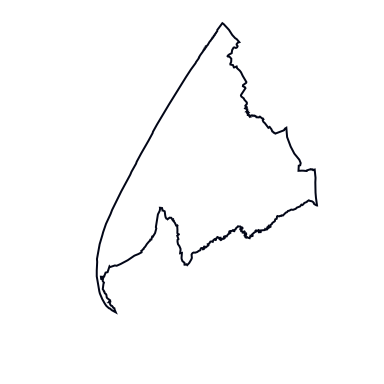 Pak Phanang, Nakhon Si Thammarat, Thailand (Robinson projection), rotated 225°
{"feature_id": "78962969B48668485292625", "entity_name": "Pak Phanang", "entity_type": "district", "adm_level": 2, "iso_a3": "THA", "parent_name": "Thailand", "parent_adm1": "Nakhon Si Thammarat", "projection": "robinson", "projection_center": [100.145, 8.346], "detail": "fine", "context": "isolated", "style": "outline", "palette": "ink", "viewbox_px": 384, "rotation_deg": 225, "n_neighbors": 0, "source": "geoboundaries", "source_scale": "gbopen_adm2", "svg_char_len": 6083}
<svg xmlns="http://www.w3.org/2000/svg" viewBox="0 0 384 384"><g transform="rotate(225 192 192)"><path d="M135.6,289.3L138.9,290.7L146.8,291.5L154.4,293.9L163.6,298.1L170.7,304.1L171.0,302.8L170.6,302.6L170.9,301.4L170.6,300.8L170.8,300.2L174.4,292.2L175.6,292.2L175.9,291.8L176.7,291.7L177.5,291.9L178.1,291.6L180.1,292.5L183.1,292.9L183.4,291.4L189.1,292.2L191.0,292.1L192.5,292.6L193.0,293.2L192.9,293.9L193.9,294.1L194.6,293.6L197.3,293.3L197.5,293.0L197.4,292.1L199.2,290.5L199.7,290.8L199.9,290.5L201.0,290.5L201.1,290.2L201.7,290.0L202.2,290.0L202.7,289.3L202.7,288.9L203.4,288.9L204.2,288.1L204.3,287.0L204.0,286.7L204.4,286.5L204.4,286.1L205.2,286.2L205.9,286.8L207.0,285.9L207.7,286.6L207.9,287.6L208.6,286.8L209.1,286.9L209.4,288.3L210.4,287.5L210.4,288.1L211.3,289.5L213.6,288.7L213.7,289.4L212.9,289.9L212.9,290.4L213.6,290.8L214.2,290.2L215.3,290.7L215.5,293.1L216.6,294.1L220.3,294.3L221.6,294.8L224.6,294.4L225.6,294.8L226.0,295.5L227.6,303.2L228.4,303.5L230.8,302.8L231.5,303.7L230.9,307.5L231.3,308.2L238.3,310.0L242.0,311.3L244.1,311.6L247.6,311.4L249.2,312.3L250.1,310.1L250.5,309.7L252.7,310.7L255.0,309.3L255.6,309.8L256.3,311.7L258.4,314.0L260.5,314.2L261.6,313.9L262.3,313.2L262.9,313.2L263.1,313.8L262.9,315.7L262.1,318.2L264.0,320.8L264.7,323.5L264.3,324.2L262.8,324.9L262.4,326.2L262.9,327.4L264.6,327.7L265.0,328.2L265.2,330.0L264.5,331.4L268.4,331.7L270.4,331.3L274.6,331.5L280.5,332.8L288.4,333.1L289.9,332.8L288.7,324.5L287.8,323.4L287.7,321.5L287.3,321.1L287.4,319.7L286.9,319.2L286.9,318.4L287.1,318.0L286.7,317.6L286.5,316.5L286.7,316.0L286.3,315.5L286.5,314.8L286.1,314.2L286.2,313.6L285.8,311.8L285.9,311.1L284.8,306.8L284.9,306.1L284.6,304.9L284.8,304.8L284.5,304.6L284.4,303.7L284.7,303.5L284.3,303.1L284.2,302.5L284.5,302.2L284.0,301.8L284.2,301.2L283.9,300.8L284.1,300.3L283.8,300.0L283.8,299.4L283.6,298.9L283.0,295.0L282.3,292.1L282.0,292.0L281.7,290.9L281.0,286.6L280.6,285.7L279.4,277.9L277.5,268.9L270.2,237.7L264.5,215.1L262.2,207.0L261.5,205.8L259.0,197.4L255.2,183.3L252.5,174.3L251.6,172.5L249.1,163.5L247.9,160.6L242.5,142.5L235.8,122.8L234.0,118.8L230.3,108.7L226.4,100.7L225.0,98.3L220.4,89.8L211.8,77.4L209.6,75.5L203.9,69.2L199.7,65.0L187.4,56.3L185.4,55.1L179.7,52.8L174.7,51.4L172.0,50.9L168.5,51.1L168.0,51.5L164.9,51.8L160.8,53.0L163.3,54.0L164.7,54.9L165.6,54.5L167.8,54.9L169.1,54.4L170.2,54.6L172.1,55.7L172.5,55.4L172.2,56.7L172.6,56.9L173.1,56.6L173.1,57.3L173.3,57.5L176.8,57.0L177.8,57.2L179.8,58.7L181.0,59.0L182.0,58.7L183.4,59.5L183.8,59.4L183.9,59.7L186.4,60.2L189.7,64.5L190.1,65.6L192.1,65.9L192.9,66.5L193.0,67.0L193.4,67.4L194.0,67.0L194.3,66.4L194.1,66.9L194.6,66.4L195.2,66.7L194.6,66.6L193.8,67.6L194.2,69.2L195.4,67.4L195.5,66.9L196.5,67.7L194.7,69.3L194.6,69.7L195.0,71.5L196.1,73.9L195.0,75.6L197.7,81.0L196.9,80.9L194.6,85.5L193.1,86.6L191.6,90.5L189.2,98.3L187.7,106.3L186.0,110.3L185.0,113.7L185.2,114.0L186.2,114.5L186.0,115.9L186.2,116.9L185.9,117.4L186.4,118.6L186.4,120.2L187.1,123.2L187.4,126.8L187.2,127.4L187.8,128.8L187.1,129.6L188.7,132.4L188.6,132.7L188.1,132.8L189.1,136.9L191.5,141.0L192.7,141.6L200.3,152.1L201.5,155.8L202.8,157.7L203.5,158.2L202.7,158.9L202.1,158.8L201.7,159.4L199.8,158.1L199.6,158.4L197.6,159.0L194.1,156.3L192.6,155.4L191.2,155.1L190.5,155.6L190.0,155.5L189.7,158.0L188.4,159.1L186.4,158.6L186.2,159.0L185.9,158.5L185.2,158.4L185.2,158.7L184.7,158.9L184.3,158.4L182.0,158.0L179.4,157.0L178.9,157.2L178.8,158.0L178.5,158.0L178.1,157.2L175.6,155.0L173.3,152.6L172.3,152.4L171.5,152.8L171.3,152.7L171.6,150.7L168.3,149.1L168.4,148.0L167.1,146.6L165.0,145.2L162.6,144.8L159.9,143.7L159.1,142.9L157.1,140.3L156.1,141.8L152.7,137.9L151.9,137.3L150.0,136.4L147.3,136.6L145.9,135.3L145.5,135.6L144.9,136.9L143.7,136.9L143.8,139.9L144.8,143.8L145.5,145.3L148.0,147.4L148.3,148.2L148.4,149.4L148.0,150.4L146.9,151.3L145.9,153.2L145.6,155.1L145.0,156.6L145.8,158.2L145.8,158.9L145.0,159.7L143.8,159.2L143.3,159.9L143.5,161.1L144.6,161.6L144.8,161.9L144.4,162.4L143.4,162.1L143.0,162.8L142.9,164.7L142.7,165.7L142.8,166.1L143.9,166.3L143.4,167.9L143.9,169.9L143.3,170.8L142.1,171.4L142.8,172.8L142.7,174.7L142.4,174.9L141.6,174.6L141.3,174.8L141.3,175.2L142.1,176.0L141.9,177.0L142.2,178.1L141.9,178.3L140.7,178.4L139.6,179.7L139.3,179.4L139.6,178.5L139.4,178.2L137.6,178.4L137.4,179.1L137.7,180.3L136.8,180.9L136.4,181.7L136.3,182.5L136.5,182.9L137.5,182.7L137.8,183.1L137.2,184.4L136.1,185.1L136.6,187.3L136.0,190.3L136.4,190.5L137.4,190.0L137.7,190.7L137.3,191.5L136.2,192.6L136.1,193.9L135.5,194.2L134.8,193.9L134.4,194.2L134.5,194.5L135.3,195.0L134.8,196.3L135.3,198.0L135.1,199.3L135.2,200.3L134.3,200.8L133.6,201.7L133.0,201.8L132.2,201.4L131.6,202.3L131.2,202.4L130.7,202.2L130.5,201.6L131.7,200.8L131.8,200.3L131.4,199.7L130.3,199.8L129.5,199.1L128.6,199.8L127.5,199.1L126.8,200.0L127.1,200.7L127.0,201.2L126.7,201.2L125.9,200.1L124.5,201.0L123.9,200.5L124.6,199.4L124.0,198.3L123.7,198.3L123.0,199.1L122.1,197.8L121.3,198.1L121.0,199.1L120.2,199.2L118.6,200.1L119.7,202.3L118.8,202.5L118.1,203.7L118.5,204.2L119.5,204.4L119.3,207.6L118.7,209.5L119.1,209.9L119.6,209.8L119.6,210.1L118.2,211.0L118.0,212.2L116.8,212.5L116.7,211.0L116.3,210.8L115.1,212.2L116.1,213.6L113.8,216.3L114.1,217.5L113.2,217.5L112.8,218.3L112.5,218.5L112.5,219.0L113.3,219.4L113.8,220.5L113.4,221.4L113.7,222.0L113.1,222.0L112.4,221.1L111.9,223.0L113.2,223.9L112.9,225.7L113.3,227.0L112.8,229.9L113.8,231.5L113.2,233.0L114.5,234.7L114.6,235.4L113.1,236.4L113.0,237.0L112.7,237.2L112.3,238.3L112.0,238.3L111.9,239.1L111.1,239.6L111.1,243.8L110.6,244.8L110.7,246.5L110.0,247.6L109.4,249.7L108.0,250.8L106.8,253.4L106.8,255.1L105.4,258.2L105.7,260.4L104.8,260.7L104.6,261.6L104.8,263.7L103.8,266.1L103.9,267.0L103.5,268.7L102.3,269.1L100.7,270.2L99.5,270.5L98.3,270.5L97.9,270.1L97.0,269.9L94.5,270.6L94.1,270.9L100.3,275.6L104.2,278.9L111.7,286.1L114.6,289.3L121.1,294.6L121.7,293.3L122.0,293.4L122.4,293.0L122.8,293.2L123.8,292.0L124.2,292.1L126.0,288.6L125.7,288.1L125.9,287.8L128.8,285.4L131.7,282.3L135.1,286.1L134.4,287.4L135.6,289.3Z" fill="none" stroke="#020617" stroke-width="2"/></g></svg>